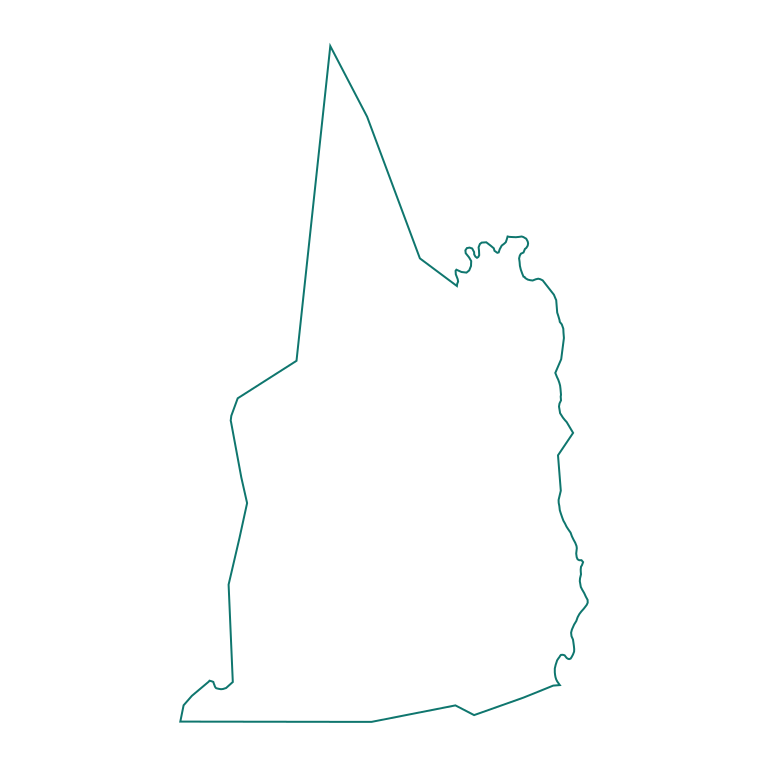 San Mateo Sindihui, Oaxaca, Mexico (Natural Earth projection)
{"feature_id": "50627088B43932249609701", "entity_name": "San Mateo Sindihui", "entity_type": "district", "adm_level": 2, "iso_a3": "MEX", "parent_name": "Mexico", "parent_adm1": "Oaxaca", "projection": "natural_earth1", "projection_center": [-97.342, 17.027], "detail": "fine", "context": "isolated", "style": "outline", "palette": "teal", "viewbox_px": 768, "rotation_deg": 0, "n_neighbors": 0, "source": "geoboundaries", "source_scale": "gbopen_adm2", "svg_char_len": 2838}
<svg xmlns="http://www.w3.org/2000/svg" viewBox="0 0 768 768"><path d="M559.8,685.1L557.2,681.4L556.2,679.4L555.5,677.2L555.1,675.0L554.8,672.4L554.8,668.5L555.3,666.4L555.7,664.7L556.4,662.6L557.1,660.4L558.4,658.4L559.4,657.1L560.3,655.6L561.0,654.9L562.8,654.8L564.6,655.3L565.6,656.6L566.7,658.0L568.0,658.8L569.1,659.1L570.6,658.6L571.6,657.1L573.0,654.5L574.1,651.6L574.2,649.1L573.9,646.1L573.4,642.4L573.0,639.6L571.5,636.2L571.1,632.7L571.9,629.6L573.0,627.1L574.1,624.6L576.3,621.0L577.6,617.3L579.4,614.0L581.3,611.5L583.7,608.8L584.8,607.4L586.7,604.9L587.7,602.7L587.6,599.9L585.8,596.6L584.2,593.1L582.1,589.5L580.8,586.9L580.2,583.4L579.8,581.2L580.0,578.5L581.0,574.3L580.8,572.0L580.7,569.6L581.0,566.8L582.0,565.1L583.1,562.1L581.5,560.2L579.2,560.2L577.6,559.3L576.7,557.2L576.2,553.5L576.5,550.9L576.8,548.2L576.5,546.0L575.2,542.7L573.6,539.8L571.9,536.3L570.6,532.7L568.3,529.4L566.5,526.6L565.0,523.5L563.4,520.7L562.1,517.2L560.7,513.1L559.8,510.2L559.3,505.9L558.7,502.9L558.6,500.2L558.6,499.9L560.8,490.7L558.0,455.3L573.1,432.9L566.7,422.1L564.9,420.1L562.9,417.6L561.7,415.7L560.1,413.2L559.7,410.7L559.0,406.6L559.5,403.5L561.0,400.4L560.7,396.6L561.0,394.8L560.8,392.4L560.5,388.9L560.1,385.6L559.3,382.7L558.2,379.6L557.0,377.1L555.3,372.9L561.2,359.2L563.9,338.2L563.9,337.7L563.5,332.8L563.3,328.7L561.8,324.4L559.8,321.9L559.5,320.0L558.2,315.6L557.2,312.6L556.8,307.6L556.2,300.1L555.5,298.6L553.9,294.7L552.0,292.3L542.7,280.4L540.3,279.2L538.2,278.7L535.7,279.3L532.7,280.5L530.3,280.2L527.8,279.6L525.3,278.1L524.6,277.0L524.0,276.8L523.5,276.7L522.2,273.5L520.8,269.6L519.9,265.8L519.6,262.0L519.1,258.4L519.8,255.6L520.9,253.7L523.5,252.5L524.9,249.0L526.3,247.9L527.7,245.7L528.1,243.4L527.7,241.5L526.2,238.7L524.6,237.8L523.5,237.1L521.7,236.5L519.0,236.9L515.9,237.2L513.5,237.1L509.6,236.9L507.6,236.5L506.7,239.6L505.8,242.2L504.2,243.7L501.7,245.6L499.7,249.3L498.7,252.4L497.3,252.8L494.5,250.8L493.8,248.3L490.7,245.7L488.1,243.7L486.3,242.3L481.7,242.6L479.9,244.0L478.6,247.3L479.0,250.7L479.2,255.2L478.3,257.0L477.0,257.8L475.4,256.6L474.2,254.4L474.1,252.1L472.2,248.5L469.6,247.6L466.9,248.1L465.4,250.3L465.7,253.2L469.0,257.3L471.2,261.1L471.0,266.0L469.2,270.4L466.5,272.6L461.5,272.0L456.4,269.7L455.6,270.8L455.8,274.3L457.7,279.2L458.1,281.6L457.2,283.8L456.9,286.0L419.9,258.4L367.1,116.7L330.3,46.1L296.5,360.8L237.7,398.3L231.3,415.8L230.7,420.7L231.0,421.8L241.3,477.4L247.1,503.1L239.5,537.9L228.6,584.6L232.8,682.0L226.1,688.0L224.2,688.6L223.0,689.0L221.0,689.2L219.1,688.9L216.9,688.4L216.2,688.2L215.5,687.5L214.9,686.5L214.3,684.7L214.0,684.1L213.3,681.9L211.7,681.3L209.5,680.7L208.7,681.7L191.9,695.8L183.6,705.3L180.3,721.6L371.4,721.9L455.4,705.4L474.1,715.1L523.5,697.6L544.1,689.3L553.2,685.6L559.8,685.1Z" fill="none" stroke="#0f766e" stroke-width="2"/></svg>